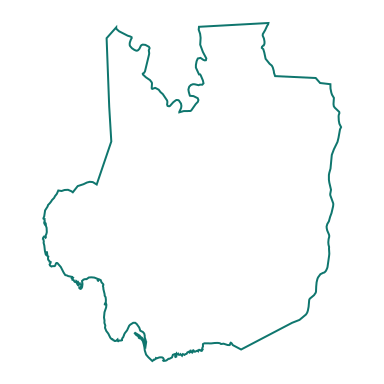 Black Bay, Laborie, Saint Lucia (Equal Earth projection)
{"feature_id": "8701671B96951790647096", "entity_name": "Black Bay", "entity_type": "district", "adm_level": 2, "iso_a3": "LCA", "parent_name": "Saint Lucia", "parent_adm1": "Laborie", "projection": "equal_earth", "projection_center": [-60.985, 13.744], "detail": "fine", "context": "isolated", "style": "outline", "palette": "teal", "viewbox_px": 384, "rotation_deg": 0, "n_neighbors": 0, "source": "geoboundaries", "source_scale": "gbopen_adm2", "svg_char_len": 5882}
<svg xmlns="http://www.w3.org/2000/svg" viewBox="0 0 384 384"><path d="M106.6,38.2L109.2,106.5L111.3,141.5L96.7,184.5L92.8,182.1L89.8,181.8L87.0,182.5L83.5,184.2L77.7,186.1L72.8,192.3L71.3,191.2L68.0,189.8L64.5,190.0L61.6,191.0L58.3,190.5L56.8,193.9L54.9,196.3L54.2,197.8L51.8,200.3L51.3,201.3L49.8,203.2L48.0,205.1L47.6,206.5L45.1,210.4L44.2,216.4L43.4,218.3L43.5,218.7L44.6,219.1L44.4,219.8L44.8,221.1L44.2,222.2L44.3,223.4L44.7,224.1L45.3,223.0L45.7,223.4L46.0,226.1L46.6,227.8L46.8,232.1L46.4,233.9L45.7,235.4L45.8,237.5L45.6,237.7L44.8,236.6L44.1,236.5L43.2,237.6L42.9,238.9L43.4,239.2L43.8,241.7L43.6,242.8L44.3,245.5L44.9,250.8L45.7,254.3L46.3,255.1L46.6,255.3L46.8,255.0L46.8,251.8L46.9,251.4L47.4,255.9L48.3,256.5L48.0,257.8L48.1,259.4L48.3,259.9L49.3,260.8L49.4,261.6L50.7,262.1L50.5,263.0L49.6,264.5L50.0,265.5L51.4,266.5L52.2,266.2L54.6,266.1L55.1,265.7L56.0,263.4L56.5,263.0L57.4,263.1L60.8,267.0L63.7,272.7L65.3,275.1L66.8,275.4L68.2,276.1L72.1,276.9L71.7,278.2L72.0,278.4L72.6,277.8L73.0,277.9L72.3,279.2L72.4,279.8L73.6,280.1L74.4,281.5L75.0,282.0L75.8,282.2L76.2,281.0L77.3,281.9L78.7,281.6L77.2,282.8L76.9,283.2L77.0,283.6L78.0,285.2L78.5,285.2L79.3,283.5L79.7,283.4L79.8,284.4L80.8,284.4L81.1,284.8L81.4,286.0L81.2,286.4L80.2,287.4L79.3,287.4L79.4,288.2L80.2,288.8L80.7,288.9L81.5,288.2L82.1,287.0L82.5,284.0L82.0,281.0L83.5,279.6L85.1,279.1L86.6,279.1L88.8,277.5L91.4,277.3L94.4,277.6L97.7,278.9L97.6,280.0L97.8,280.6L98.2,280.8L99.2,279.4L100.7,280.1L101.5,282.3L103.2,284.2L103.4,284.9L102.9,286.0L103.3,287.5L103.4,289.1L104.6,294.1L104.7,295.7L105.6,297.2L105.9,299.9L105.8,302.3L104.9,303.7L104.8,304.4L105.3,304.6L106.2,304.1L106.4,304.9L106.1,307.5L104.5,312.2L104.0,317.5L104.5,320.4L104.4,322.9L105.3,325.5L105.0,327.8L106.3,331.0L108.3,333.6L110.3,337.7L111.7,339.2L112.4,339.1L113.4,340.3L113.9,340.3L114.8,341.0L116.0,340.9L117.5,339.5L117.8,340.9L118.1,341.2L118.4,341.2L119.0,340.5L121.1,340.5L122.0,340.2L122.0,339.2L122.4,338.1L123.2,337.2L123.5,336.2L123.9,335.6L124.1,334.6L124.9,333.1L127.1,330.3L129.2,325.7L130.2,324.7L133.2,322.8L135.2,322.8L136.7,324.0L139.2,327.5L140.3,330.7L142.9,332.0L144.2,333.5L144.7,335.5L144.7,337.2L145.9,341.2L145.9,342.4L146.1,342.4L145.5,346.5L145.3,346.2L145.3,344.2L144.5,342.3L144.1,340.6L141.9,337.7L140.5,336.9L139.6,335.6L136.0,333.4L135.2,332.9L134.8,333.3L136.0,334.8L138.5,336.5L138.8,337.8L139.5,338.3L140.4,338.1L142.3,340.3L142.9,341.3L143.8,344.5L144.4,347.3L144.8,350.5L146.1,354.6L148.4,357.3L152.3,361.0L153.7,359.8L153.9,360.0L155.8,358.8L156.0,358.0L156.9,358.3L159.4,357.4L161.1,357.3L162.4,357.5L163.2,358.1L163.8,359.3L163.6,360.1L163.2,360.6L163.6,360.9L165.6,360.7L166.6,360.3L168.5,358.8L169.4,358.8L172.0,357.4L172.9,354.8L174.7,354.1L175.2,354.0L175.4,354.3L175.2,356.7L175.6,357.0L176.3,356.6L176.1,354.5L176.6,353.4L177.3,354.4L177.6,354.2L178.5,354.6L178.6,354.2L179.1,354.8L180.4,354.7L180.6,354.3L182.0,355.7L182.4,354.8L182.9,354.1L184.5,354.9L185.3,354.2L186.6,353.8L187.4,352.4L188.3,352.0L188.7,351.8L189.5,352.6L190.1,352.2L190.3,350.7L190.6,350.6L190.8,351.0L190.6,351.7L190.8,352.0L191.6,352.1L191.9,351.8L192.3,352.5L192.7,352.1L192.9,350.5L193.4,350.3L194.6,351.7L195.4,351.6L196.6,350.9L197.4,351.0L197.7,350.5L198.2,350.4L198.4,350.9L199.0,349.9L199.7,349.9L200.9,350.6L201.2,350.3L201.2,350.8L201.7,350.9L202.7,349.4L202.2,348.3L203.0,346.4L202.9,344.7L203.1,343.9L204.5,343.3L211.3,343.4L214.6,343.0L217.8,342.9L219.8,343.2L221.0,344.0L223.6,343.7L227.6,345.0L229.4,345.1L229.8,344.9L230.4,343.1L230.8,342.7L231.6,343.3L232.8,345.1L241.1,349.5L292.1,322.8L299.5,319.9L306.0,314.5L307.2,312.6L307.9,310.5L308.6,306.8L309.2,300.0L309.5,299.2L309.9,298.6L314.0,295.2L315.7,292.7L316.0,291.6L316.2,286.6L316.6,282.3L317.4,279.0L318.0,277.5L320.4,274.2L323.0,272.9L324.3,272.5L325.1,271.8L325.9,270.9L327.1,268.4L327.5,267.1L329.1,255.8L329.3,253.7L329.0,248.7L329.1,247.0L328.5,244.7L328.3,242.3L328.6,239.1L329.2,236.9L329.2,235.4L328.9,234.4L327.2,230.4L326.7,228.1L326.6,226.5L327.3,224.0L328.9,221.3L330.1,216.9L331.5,213.1L333.1,206.3L333.3,204.2L333.2,203.3L330.3,195.3L330.2,194.1L331.0,189.8L329.3,182.5L328.9,179.7L328.9,175.0L329.3,172.8L330.5,168.6L331.8,154.9L333.9,149.3L337.5,141.9L338.5,137.8L340.0,129.4L341.1,127.1L339.4,123.8L338.8,120.7L338.6,116.5L338.7,115.2L339.4,113.1L339.2,111.9L334.7,107.6L333.8,106.2L333.5,104.0L333.9,97.9L332.0,94.7L331.3,92.6L330.5,88.5L330.4,84.2L320.1,83.0L315.7,78.0L275.1,76.1L274.0,72.9L273.8,71.1L272.8,67.5L271.8,65.6L269.6,63.8L265.6,58.8L264.3,52.6L263.3,49.2L261.8,47.9L262.0,46.8L263.5,45.3L263.8,45.3L264.3,44.2L264.5,43.3L264.5,41.5L263.9,38.4L262.7,35.7L262.8,34.1L265.1,30.2L267.2,25.7L268.1,24.4L268.4,23.0L199.0,26.8L198.7,29.7L200.1,33.8L200.6,37.9L200.2,44.7L202.9,52.0L206.3,58.4L205.9,60.2L204.8,60.4L203.4,59.9L200.5,57.9L197.8,58.5L196.6,61.2L195.9,65.0L195.9,67.6L199.0,74.4L200.1,74.4L200.8,75.5L202.9,80.5L203.5,83.3L202.3,84.7L199.8,84.7L198.7,85.2L194.8,84.3L193.0,84.2L190.9,85.0L189.3,86.6L189.0,87.3L188.4,89.6L188.8,92.0L189.8,95.5L190.0,95.8L193.5,96.1L197.7,98.2L198.4,100.0L198.0,101.4L197.8,101.9L195.7,104.1L191.2,110.5L190.3,111.0L183.6,111.1L179.3,112.3L179.3,111.9L181.1,108.0L181.4,105.9L181.0,103.6L178.9,100.5L178.1,100.1L176.5,100.0L175.8,100.3L173.3,102.2L170.0,105.9L169.1,106.3L167.6,105.9L167.1,104.6L167.4,101.9L167.1,100.5L162.8,94.1L160.5,92.1L158.7,89.7L156.1,88.3L155.1,87.9L152.3,88.9L151.8,88.6L151.7,87.8L152.0,83.6L151.8,82.5L150.0,80.1L145.9,77.3L142.9,74.5L142.8,73.6L144.1,72.8L145.0,71.3L149.0,54.7L149.2,53.2L148.8,50.3L149.6,48.1L148.9,46.8L145.4,44.9L142.8,44.6L141.7,45.0L140.9,45.7L139.4,48.8L138.1,50.2L137.0,50.7L136.3,50.7L134.4,49.9L131.9,48.2L130.1,46.1L129.7,45.1L129.7,43.4L129.9,42.3L130.9,39.5L131.7,38.1L131.6,37.2L130.3,36.5L127.7,35.7L119.1,31.3L116.6,29.1L116.2,28.0L116.2,27.4L106.6,38.2Z" fill="none" stroke="#0f766e" stroke-width="2"/></svg>